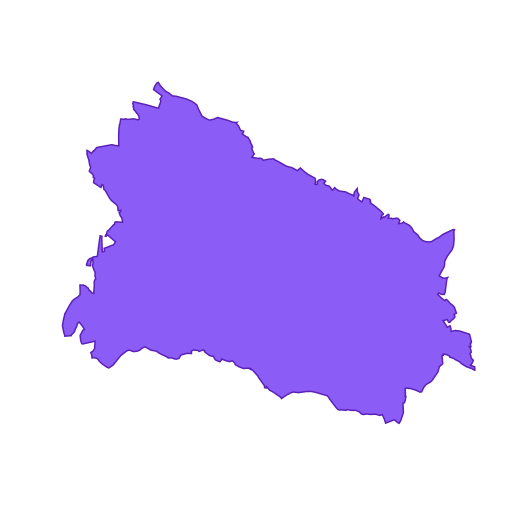 the district of Ceuasu De Campie, Mures, Romania, rotated 352°
{"feature_id": "2599482B23601231782358", "entity_name": "Ceuasu De Campie", "entity_type": "district", "adm_level": 2, "iso_a3": "ROU", "parent_name": "Romania", "parent_adm1": "Mures", "projection": "orthographic", "projection_center": [24.479, 46.65], "detail": "fine", "context": "isolated", "style": "filled", "palette": "violet", "viewbox_px": 512, "rotation_deg": 352, "n_neighbors": 0, "source": "geoboundaries", "source_scale": "gbopen_adm2", "svg_char_len": 6054}
<svg xmlns="http://www.w3.org/2000/svg" viewBox="0 0 512 512"><g transform="rotate(352 256 256)"><path d="M269.7,397.1L270.0,396.6L274.1,395.9L279.0,397.2L286.9,397.2L291.8,397.8L295.5,399.1L306.9,404.2L307.8,405.2L309.0,407.9L314.2,417.2L315.6,419.2L316.9,420.1L319.3,420.3L323.7,421.4L324.3,420.9L325.1,420.9L328.8,422.1L333.5,422.8L336.5,424.6L338.3,427.0L340.1,427.9L344.2,427.9L346.5,428.7L352.6,429.4L356.4,431.1L359.1,430.7L360.3,435.0L361.1,439.6L370.2,437.4L372.8,440.5L374.5,441.6L376.6,438.8L380.2,431.5L381.0,422.7L381.1,422.3L382.5,422.0L383.5,420.3L384.9,415.8L384.3,415.7L385.0,412.4L384.6,411.9L385.4,408.9L385.3,407.8L387.0,407.6L388.2,408.4L388.7,408.1L393.3,409.9L398.2,412.7L399.2,413.6L401.2,413.6L403.7,409.6L406.4,407.0L411.7,404.8L413.9,402.9L420.2,395.9L422.1,391.2L425.9,388.7L426.4,380.3L427.6,380.4L427.9,379.2L431.7,380.5L433.9,382.4L433.9,383.2L437.9,385.2L438.6,386.1L442.9,389.1L444.5,391.2L448.9,394.9L454.1,397.6L456.6,399.6L456.9,399.5L457.1,396.1L453.2,394.1L455.2,392.1L456.6,389.8L456.5,389.1L455.7,388.4L454.8,386.4L454.9,384.4L454.2,383.3L454.5,382.3L455.6,381.6L455.8,380.1L455.3,376.9L454.5,375.3L456.2,375.7L456.0,372.3L456.9,372.1L457.4,371.0L456.6,363.2L447.4,358.7L443.0,357.5L438.7,357.9L438.9,355.0L438.5,352.1L435.5,353.2L432.3,346.0L436.6,345.6L437.4,348.2L437.8,348.7L438.8,348.6L440.2,347.2L443.1,345.5L444.4,344.1L444.6,343.8L444.0,341.6L446.5,340.5L445.5,335.0L444.9,333.5L443.0,331.1L441.9,330.4L440.0,327.3L438.6,325.6L437.8,325.7L437.1,326.5L436.8,326.5L433.6,323.3L430.6,319.2L431.7,318.1L434.2,319.8L437.0,320.3L438.2,318.4L441.5,306.4L442.0,304.9L442.8,304.0L439.7,304.3L438.2,303.9L434.6,301.2L440.8,292.8L441.7,290.1L442.1,287.5L445.6,282.6L451.0,277.1L453.1,273.1L454.5,266.8L455.4,259.0L456.3,257.7L455.6,257.3L454.3,257.4L444.6,260.4L439.1,263.3L437.5,263.6L432.0,266.1L429.4,266.2L426.4,265.5L423.4,264.1L420.6,260.9L419.1,257.6L415.8,254.1L414.3,250.2L413.0,248.1L411.6,246.5L407.6,243.8L406.9,242.7L405.2,243.9L401.8,243.8L403.4,240.7L401.8,238.6L400.9,238.1L396.3,238.1L395.3,237.5L392.2,237.0L393.3,234.9L393.3,233.4L392.7,233.1L388.2,235.5L387.5,235.0L385.4,236.5L384.7,236.6L386.3,233.0L387.6,232.7L388.0,232.0L385.7,228.7L380.9,223.4L376.8,219.4L377.1,218.4L376.4,217.9L377.1,216.7L376.7,215.8L371.0,213.0L368.4,217.2L365.7,214.8L364.6,213.3L366.5,209.9L365.4,206.6L365.6,203.3L362.2,206.6L361.2,210.2L360.0,208.9L356.9,207.3L353.7,205.0L347.3,203.1L344.5,200.7L343.5,199.2L340.8,201.5L338.7,197.7L337.9,196.8L335.0,195.7L333.3,193.5L335.3,191.6L332.9,189.6L331.2,189.2L328.5,189.7L327.1,190.9L326.9,193.3L325.5,193.6L324.5,193.3L324.4,192.8L325.3,191.5L325.4,187.3L318.6,182.2L315.4,178.9L312.2,175.0L308.8,177.2L303.9,173.5L299.8,171.9L297.5,170.5L291.0,165.4L288.0,163.5L287.7,162.7L287.0,162.3L282.5,161.9L276.5,162.2L275.2,160.4L273.9,159.8L271.2,159.5L265.7,157.7L268.6,154.6L267.8,153.5L266.8,148.8L267.8,147.8L267.3,145.5L266.6,144.0L266.3,141.5L264.5,137.3L262.9,136.5L259.4,133.2L260.5,132.2L261.2,130.8L258.2,129.4L256.7,124.5L254.9,121.9L254.9,121.5L255.6,121.0L254.4,121.0L251.0,120.0L247.8,118.1L237.3,113.5L233.3,114.6L229.0,115.0L226.7,113.7L222.1,110.1L219.5,102.6L218.4,98.1L217.7,97.4L214.5,94.3L209.3,91.0L199.2,86.7L195.4,85.8L192.2,82.2L190.0,80.8L188.4,79.0L185.1,74.2L183.4,70.4L181.9,71.0L179.4,73.7L177.7,76.9L185.3,84.4L182.7,87.4L183.3,88.9L183.1,90.1L181.0,93.8L180.2,95.9L179.7,96.0L168.0,90.8L156.0,86.2L155.1,88.1L155.7,89.6L155.1,90.9L155.5,93.1L155.2,93.7L156.6,95.7L157.8,98.1L158.7,98.9L158.8,99.7L159.4,100.7L159.5,104.1L158.1,104.7L153.8,103.1L148.0,102.9L145.9,102.0L144.2,102.2L141.1,101.5L139.5,106.5L139.1,106.9L138.1,110.5L136.6,118.4L135.5,127.8L131.9,127.0L128.9,125.7L113.3,126.4L110.0,129.6L109.6,129.3L107.4,131.5L104.1,128.3L103.2,127.9L103.3,129.9L102.7,131.1L103.0,131.4L102.9,132.7L103.8,137.5L104.0,143.1L104.7,144.8L102.7,149.0L105.6,152.4L106.3,154.0L105.7,155.5L107.0,156.5L106.0,158.3L105.4,160.8L112.0,166.6L113.3,163.9L114.5,164.6L114.7,169.0L115.5,169.7L116.1,170.9L119.1,178.4L120.5,180.9L125.3,186.2L126.0,188.6L125.7,191.3L126.2,191.5L126.1,192.1L128.5,192.0L127.6,193.6L126.5,194.1L127.3,197.6L128.4,199.5L128.6,204.0L121.5,202.6L120.8,203.3L120.2,205.0L119.2,205.3L114.1,209.7L112.2,210.7L111.3,212.8L109.4,215.3L109.5,215.6L110.4,215.6L111.6,214.5L112.2,214.8L118.8,222.4L116.8,224.8L116.2,225.1L106.7,227.3L106.7,230.3L104.4,230.5L105.6,217.8L106.2,215.1L104.4,214.3L98.8,234.3L94.5,234.3L93.9,234.9L90.9,235.5L88.9,237.0L87.0,240.7L87.0,241.7L90.7,242.7L92.0,238.1L92.7,237.0L93.8,236.2L94.1,236.7L93.4,237.7L93.8,238.2L93.7,240.3L92.8,242.5L93.3,246.1L94.4,250.0L93.8,253.3L94.0,256.5L92.7,257.7L92.0,259.8L91.8,262.4L90.1,270.5L88.1,269.7L87.5,268.0L85.9,266.7L85.4,264.5L84.5,263.8L83.2,262.1L81.1,260.8L77.6,260.3L76.8,267.6L76.2,270.0L74.1,271.6L69.6,273.7L67.6,275.2L64.5,278.9L58.7,286.6L56.2,293.0L54.6,298.2L55.1,305.8L55.6,307.7L55.5,308.8L61.9,309.2L62.4,308.3L65.6,305.9L67.0,303.0L68.6,301.0L69.8,298.1L71.7,296.8L74.4,301.4L75.9,304.8L74.1,305.5L70.8,310.2L70.6,315.1L71.1,318.1L71.4,318.7L72.1,319.0L84.8,318.0L83.3,325.1L81.6,327.3L79.0,328.6L79.6,331.7L79.4,334.1L82.2,334.4L83.8,335.0L84.9,336.0L86.5,338.8L88.9,341.7L92.8,345.3L94.7,346.4L99.3,344.1L108.2,335.8L114.8,332.0L117.3,331.5L121.3,333.6L125.0,333.8L127.9,333.0L130.1,331.6L133.3,330.4L138.8,334.6L143.9,336.3L147.0,339.1L153.8,343.6L154.9,344.8L158.6,345.1L160.3,346.3L162.6,347.0L165.3,346.8L167.8,343.8L168.7,343.5L174.2,342.8L178.5,343.6L178.9,341.0L181.0,340.4L185.3,341.4L186.3,342.6L190.6,341.6L191.9,342.5L191.6,343.4L192.3,344.3L195.8,347.8L197.5,348.8L199.8,349.4L200.9,352.4L201.5,353.3L203.1,354.4L205.6,355.7L207.0,354.4L207.8,353.0L209.0,354.1L212.5,355.9L215.4,357.0L217.6,356.4L218.6,357.1L220.0,359.1L220.5,360.9L223.7,363.3L228.0,365.7L231.5,365.8L235.2,366.8L234.7,367.5L236.7,368.5L241.0,374.9L241.6,376.6L246.2,385.4L246.4,386.2L246.1,386.9L246.3,387.7L247.9,388.1L248.3,386.9L250.8,390.8L253.3,392.5L260.4,398.9L261.4,400.7L267.6,397.6L269.7,397.1Z" fill="#8b5cf6" stroke="#5b21b6" stroke-width="1.5"/></g></svg>